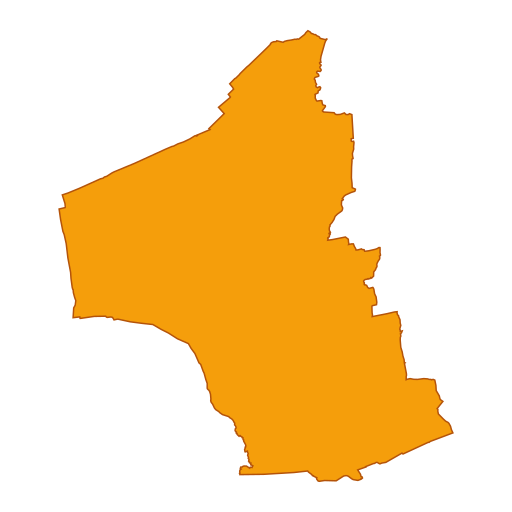 the district of Tatulesti, Olt, Romania
{"feature_id": "2599482B2026044219138", "entity_name": "Tatulesti", "entity_type": "district", "adm_level": 2, "iso_a3": "ROU", "parent_name": "Romania", "parent_adm1": "Olt", "projection": "mercator", "projection_center": [24.611, 44.648], "detail": "fine", "context": "isolated", "style": "filled", "palette": "amber", "viewbox_px": 512, "rotation_deg": 0, "n_neighbors": 0, "source": "geoboundaries", "source_scale": "gbopen_adm2", "svg_char_len": 6020}
<svg xmlns="http://www.w3.org/2000/svg" viewBox="0 0 512 512"><path d="M452.9,432.9L451.4,429.6L450.5,426.2L448.9,423.3L448.0,422.4L445.7,421.2L443.3,419.0L438.4,414.0L437.8,411.2L437.9,409.5L437.1,408.6L442.9,401.4L440.4,399.6L439.9,398.6L439.3,395.9L436.2,390.6L435.9,385.4L434.8,380.1L433.2,379.4L431.3,379.8L430.8,379.4L429.1,379.4L427.7,378.9L423.8,378.6L417.6,379.4L413.7,379.3L410.1,378.6L407.0,379.3L406.2,379.7L406.2,376.3L406.5,375.3L406.4,373.6L404.4,363.2L405.1,362.8L404.3,362.2L404.1,359.7L402.9,355.9L402.2,351.9L400.8,347.4L400.2,339.9L400.3,337.4L400.8,336.2L400.6,334.2L400.4,333.9L401.5,332.8L402.2,330.9L400.3,331.4L400.2,330.0L399.8,329.4L399.9,328.4L400.8,325.4L400.2,323.1L400.0,319.7L398.7,316.9L398.6,315.8L397.5,314.7L397.0,312.6L397.1,311.7L394.3,312.0L387.0,313.7L372.2,316.6L372.5,315.0L372.1,313.0L371.9,306.3L372.3,305.7L376.5,304.7L376.8,302.2L376.1,296.9L374.6,293.8L373.9,289.4L373.4,288.1L372.8,287.4L369.1,288.4L368.4,288.0L367.6,287.3L366.7,285.4L365.6,284.9L364.5,284.8L364.1,284.0L364.4,283.3L364.3,282.6L363.8,282.1L363.6,281.0L363.9,280.5L365.1,279.5L367.5,279.1L367.8,278.7L368.6,279.0L368.9,278.6L369.8,278.7L370.3,278.4L370.7,277.6L371.6,278.1L371.8,277.6L372.1,277.6L373.6,276.1L373.7,271.9L375.5,269.7L376.0,268.2L376.8,266.9L377.0,266.1L376.8,264.8L376.9,263.7L378.1,261.2L379.5,259.2L379.8,258.0L379.5,256.0L380.3,255.6L380.5,255.1L380.0,252.6L380.1,249.4L380.0,247.6L379.0,247.5L377.0,248.7L375.2,249.3L368.7,250.8L365.4,251.2L364.6,251.2L364.1,249.7L362.1,249.5L361.5,248.9L357.8,249.9L356.0,250.0L355.7,248.7L354.4,246.5L353.4,243.9L351.4,243.9L348.6,244.5L348.9,243.7L348.5,242.0L348.3,239.2L345.4,237.0L332.3,239.6L327.9,240.2L328.2,239.6L327.7,238.9L328.1,238.3L327.9,237.7L329.3,236.8L329.5,235.2L330.3,234.0L330.2,233.7L329.0,233.6L329.2,233.1L330.4,232.3L329.5,230.8L329.2,229.1L329.4,227.1L330.1,226.0L329.9,225.0L332.1,222.4L334.0,219.4L335.1,216.4L337.4,214.1L341.8,210.9L342.4,209.8L342.7,208.0L341.6,205.5L341.4,204.7L341.6,201.1L341.7,200.5L342.4,200.5L343.2,199.8L343.3,199.4L342.3,198.6L344.2,196.1L345.6,195.0L351.1,192.5L354.8,191.3L355.4,189.8L355.4,189.1L352.2,187.7L352.0,183.2L351.4,177.8L351.6,166.8L352.0,161.2L351.9,159.7L352.2,158.9L352.9,158.7L353.1,158.4L352.6,156.1L352.4,153.4L353.7,149.1L353.6,146.8L354.0,142.6L353.6,141.2L352.2,141.5L351.5,141.3L351.2,140.8L351.2,138.7L353.3,138.3L351.9,114.6L349.5,113.7L348.1,114.6L346.0,114.5L344.4,112.9L340.3,114.4L337.0,114.6L335.4,114.3L334.1,112.7L323.7,112.0L322.6,111.3L322.4,110.7L325.4,106.6L325.3,105.6L322.9,104.9L322.3,103.5L321.8,100.7L320.8,100.5L317.0,101.1L316.3,100.4L315.2,98.0L315.3,95.5L315.0,94.8L315.0,94.4L318.0,92.9L318.2,90.9L320.0,89.8L320.7,87.8L319.9,86.7L319.0,86.9L317.4,87.7L316.1,86.8L315.8,85.5L316.6,84.3L315.5,82.5L315.2,80.2L314.4,79.2L314.4,78.6L314.9,77.6L315.4,77.3L318.0,76.5L318.8,76.0L318.8,75.4L318.4,74.2L317.0,73.2L316.7,72.6L316.7,71.9L317.6,71.1L320.1,71.5L321.1,70.5L321.1,69.6L319.8,67.6L319.9,66.8L321.0,65.6L321.1,65.1L319.7,63.6L319.5,62.9L319.8,62.4L320.9,62.3L320.5,59.8L321.0,56.4L324.8,43.0L325.7,40.8L327.3,38.6L326.0,39.4L324.8,39.5L320.1,38.3L319.7,37.4L318.9,36.6L316.9,35.8L315.6,34.6L314.2,34.6L312.7,33.7L311.4,33.5L310.2,32.0L307.9,30.7L305.8,32.7L304.7,34.4L298.6,39.2L297.2,38.9L296.3,39.4L294.9,39.2L291.4,40.0L287.3,40.6L284.4,41.4L283.2,42.3L276.8,40.8L276.3,41.5L273.4,41.8L271.4,42.7L270.5,43.7L270.5,44.3L265.6,49.2L248.9,65.3L246.8,67.0L240.1,73.6L239.2,74.8L235.7,78.2L234.8,78.6L229.7,83.8L232.5,87.2L233.6,89.1L228.3,94.3L230.4,97.0L230.0,97.6L218.5,107.3L224.2,113.6L208.9,128.6L210.0,129.6L196.9,135.1L197.3,135.6L196.5,136.0L195.4,135.7L194.7,135.9L189.9,138.9L183.4,142.0L177.8,143.9L173.4,146.2L172.1,146.4L165.5,149.2L134.9,163.2L114.4,171.7L112.0,172.9L106.7,176.3L104.4,177.0L103.0,178.2L100.5,178.8L79.2,188.4L68.0,193.0L62.3,194.9L65.0,203.6L65.3,207.2L65.1,207.6L59.1,209.0L60.6,219.6L62.9,231.3L64.2,234.6L66.2,243.6L67.9,258.0L70.6,272.4L71.0,278.4L72.2,287.3L72.7,289.2L73.1,289.5L73.4,292.8L74.7,297.6L75.8,300.6L75.2,305.2L73.7,307.9L73.1,317.7L79.8,316.9L80.1,318.4L80.5,318.4L94.2,316.4L105.7,316.2L106.3,317.0L107.2,317.4L110.6,317.0L112.1,317.2L113.1,318.2L114.0,319.9L117.2,319.2L118.2,319.2L130.2,321.8L142.5,323.4L152.8,324.5L161.2,329.4L168.4,333.0L177.5,338.8L188.4,343.6L191.1,348.4L194.9,353.5L199.0,362.9L200.7,364.4L203.2,371.3L204.1,373.1L205.8,379.4L207.2,383.4L207.2,388.2L207.5,389.0L208.8,390.2L209.6,391.4L210.5,394.3L210.9,399.0L210.7,400.8L211.2,402.3L212.6,404.1L214.4,407.9L215.7,409.6L218.8,411.6L219.8,412.7L222.5,414.6L228.7,416.6L229.6,417.6L231.8,419.0L233.1,420.4L234.0,422.2L234.7,423.1L234.6,424.9L235.4,425.7L236.0,427.1L236.0,428.1L235.3,428.8L235.1,430.6L235.4,431.2L236.4,431.9L236.5,432.2L236.1,432.9L236.3,433.2L237.1,433.6L237.1,434.4L239.1,436.3L239.8,435.6L240.3,435.6L240.7,436.3L242.0,436.9L242.1,437.6L242.9,437.7L243.1,439.6L243.6,439.8L243.7,441.2L245.4,444.3L245.8,445.5L245.7,446.9L245.1,447.2L245.3,447.9L244.6,449.5L245.0,451.8L245.4,451.9L247.4,451.1L247.5,452.1L248.2,453.6L247.6,455.2L248.5,457.4L248.2,458.3L249.0,459.4L248.6,461.2L249.5,461.9L249.3,462.5L249.8,463.0L250.9,463.1L250.7,464.2L251.0,465.0L251.4,464.9L252.9,465.9L252.3,466.6L252.1,467.5L250.3,467.2L249.7,468.2L246.5,466.1L244.0,466.0L242.8,466.4L242.2,467.0L240.7,467.1L240.3,468.6L241.1,469.1L240.1,469.9L239.7,471.0L239.9,473.0L239.5,473.3L239.7,473.8L240.0,474.0L239.9,474.6L263.7,474.3L294.0,472.5L307.7,471.0L308.4,472.0L311.7,474.5L312.5,475.7L313.4,475.7L313.8,476.3L316.8,477.7L316.5,478.3L316.8,479.3L318.1,481.0L319.3,481.3L324.6,480.5L336.2,480.8L343.7,476.0L346.0,475.6L347.4,475.8L348.7,476.5L351.7,478.8L353.2,479.6L357.9,480.4L360.9,479.3L360.8,479.0L361.9,478.6L362.5,478.0L362.0,476.8L361.1,476.7L360.5,474.3L357.7,469.9L365.9,467.0L365.7,466.6L373.3,463.6L374.6,463.4L376.2,462.4L377.2,462.4L379.6,463.8L380.2,463.8L381.7,463.1L385.8,462.4L402.0,453.1L403.0,454.0L428.3,442.3L429.0,442.4L430.3,441.4L452.9,432.9Z" fill="#f59e0b" stroke="#b45309" stroke-width="1.5"/></svg>